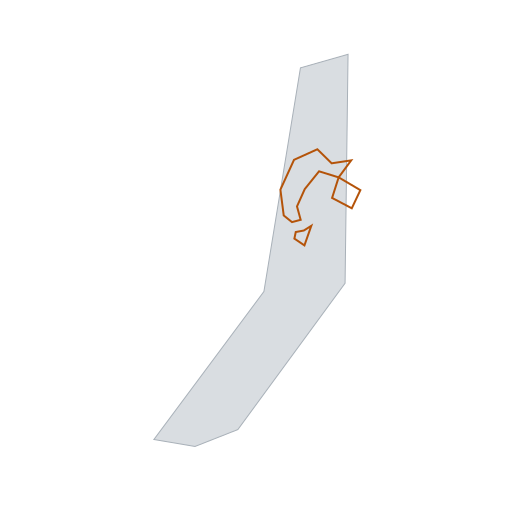 location of Hamilton within Bermuda, rotated 331°
{"feature_id": "BMU-5137", "entity_name": "Hamilton", "entity_type": "state/province", "adm_level": 1, "iso_a3": "BMU", "parent_name": "Bermuda", "parent_adm1": "", "projection": "natural_earth1", "projection_center": [-64.722, 32.335], "detail": "fine", "context": "in_parent", "style": "outline", "palette": "amber", "viewbox_px": 512, "rotation_deg": 331, "n_neighbors": 0, "source": "natural_earth", "source_scale": "10m", "svg_char_len": 613}
<svg xmlns="http://www.w3.org/2000/svg" viewBox="0 0 512 512"><g transform="rotate(331 256 256)"><path d="M320.7,323.0L156.0,399.0L110.3,393.0L77.7,367.0L245.7,290.9L386.1,113.0L434.3,124.2L320.7,323.0Z" fill="#d9dde1" stroke="#a8b0b8" stroke-width="1"/><path d="M366.4,227.3L352.2,212.5L331.1,221.1L315.9,232.5L312.6,246.0L303.9,243.8L299.9,234.0L309.5,209.8L335.9,190.3L361.4,192.4L367.1,211.6L385.6,218.5L366.4,227.3ZM350.7,242.1L366.4,227.3L379.2,249.0L362.9,260.7L350.7,242.1ZM298.0,259.4L302.4,254.3L310.2,256.9L319.0,256.4L303.5,270.2L298.0,259.4Z" fill="none" stroke="#b45309" stroke-width="2"/></g></svg>